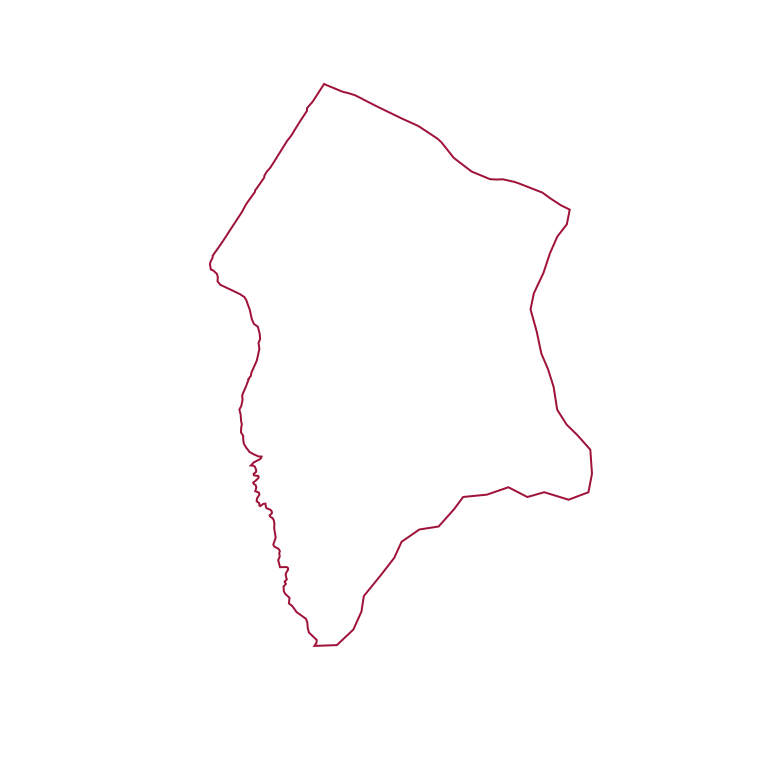 Grande Sido, Moyen-Chari, Chad (Albers equal-area conic projection), rotated 127°
{"feature_id": "50815135B5443465425830", "entity_name": "Grande Sido", "entity_type": "district", "adm_level": 2, "iso_a3": "TCD", "parent_name": "Chad", "parent_adm1": "Moyen-Chari", "projection": "albers", "projection_center": [18.707, 8.449], "detail": "fine", "context": "isolated", "style": "outline", "palette": "rose", "viewbox_px": 768, "rotation_deg": 127, "n_neighbors": 0, "source": "geoboundaries", "source_scale": "gbopen_adm2", "svg_char_len": 4390}
<svg xmlns="http://www.w3.org/2000/svg" viewBox="0 0 768 768"><g transform="rotate(127 384 384)"><path d="M180.4,612.4L187.5,611.9L201.2,610.9L201.3,610.9L206.2,611.2L210.1,611.5L212.2,609.9L224.9,609.1L225.0,609.1L227.2,608.9L228.4,608.8L231.5,608.5L232.1,608.5L234.1,608.3L239.9,607.7L241.7,607.6L244.8,607.6L245.0,607.6L247.9,607.7L267.7,606.0L267.9,605.9L268.0,605.9L279.3,605.0L279.7,605.0L284.9,605.4L285.4,605.4L287.6,605.1L289.6,604.9L290.7,604.2L291.2,603.9L304.6,603.4L304.8,603.4L305.0,603.4L306.9,603.5L308.3,602.7L321.6,602.4L324.0,602.2L325.0,602.1L326.1,601.9L330.7,601.2L332.2,601.0L333.2,600.9L356.2,599.4L357.6,599.3L358.1,599.2L362.6,598.9L367.8,598.6L374.5,598.3L381.8,598.1L383.9,598.0L384.6,598.0L385.5,597.4L386.2,596.9L390.9,596.1L391.8,595.7L393.3,594.9L396.8,591.1L396.3,589.5L396.1,588.8L396.6,583.7L398.2,581.6L398.3,581.4L398.5,581.2L398.8,581.0L399.5,580.5L402.3,578.6L403.3,574.4L400.0,558.5L399.7,557.1L399.7,556.8L399.6,556.3L398.9,553.1L398.7,549.0L398.6,548.4L398.6,547.7L399.1,546.4L399.2,546.2L399.6,544.9L401.4,542.1L401.5,542.1L405.6,535.7L407.8,533.2L408.1,532.9L411.6,528.8L411.8,528.4L412.8,526.8L413.1,526.2L414.3,524.1L414.2,519.1L415.0,518.1L415.2,517.9L418.9,513.3L420.9,511.5L422.6,510.0L425.0,509.4L425.3,509.3L426.1,509.1L426.5,509.1L428.3,507.3L429.4,506.2L430.8,504.8L431.1,504.6L431.4,504.5L431.6,504.3L433.1,503.7L436.5,502.1L442.1,499.6L443.1,499.4L450.3,497.7L451.8,497.4L452.7,497.2L454.8,496.7L457.7,495.2L460.3,495.3L461.8,495.3L461.8,495.2L461.8,494.8L462.2,494.7L467.3,493.3L467.5,493.2L470.1,492.5L470.3,492.4L471.8,492.1L475.6,491.2L475.9,491.1L478.8,490.2L481.7,487.4L487.6,484.7L488.9,484.5L489.1,484.5L491.5,484.1L493.2,482.0L494.3,480.5L496.5,478.5L499.4,476.0L499.6,475.8L501.7,473.3L505.1,471.6L508.7,469.1L510.2,465.2L510.3,465.2L511.3,464.5L511.9,464.0L515.9,460.3L517.9,455.4L518.2,454.1L518.9,451.4L519.2,450.5L518.9,448.4L518.9,448.2L518.4,444.8L518.2,444.5L518.2,444.4L517.5,441.0L517.5,440.9L515.9,438.4L515.7,438.1L516.5,437.9L517.2,437.6L519.2,438.0L522.6,439.7L524.2,440.4L525.1,440.9L525.4,440.9L525.7,440.9L529.2,441.3L527.9,439.3L527.9,438.8L527.9,438.6L527.7,437.5L528.2,436.7L529.5,434.4L531.1,433.3L534.3,434.0L535.2,432.9L534.4,431.4L534.3,431.2L533.1,429.1L533.9,428.0L534.6,427.9L535.1,427.8L536.6,428.0L537.5,428.1L541.5,429.1L542.2,427.9L542.0,425.6L542.4,425.1L542.5,425.0L543.5,423.7L545.5,422.9L547.1,422.3L546.0,418.5L547.3,417.0L547.4,416.9L548.3,416.9L552.0,416.5L554.3,415.1L554.3,413.9L554.2,412.1L555.1,411.2L556.2,410.2L556.1,409.8L555.9,409.3L552.2,408.2L550.9,406.6L552.6,405.1L553.1,404.3L553.5,403.7L553.9,403.1L552.8,399.0L553.2,397.1L553.9,396.5L554.0,396.4L554.5,395.8L557.7,396.3L558.0,395.8L558.4,395.2L558.3,393.6L558.2,392.7L558.3,392.7L558.6,391.4L558.6,391.2L558.8,390.5L561.3,387.6L563.5,386.1L565.1,385.1L571.8,378.1L578.8,375.8L579.9,373.9L579.1,369.2L580.1,366.6L582.3,365.8L582.9,365.1L584.4,363.5L587.5,362.7L588.3,362.5L592.9,356.8L591.3,354.8L590.3,353.5L589.5,352.5L589.1,352.0L589.0,351.9L588.6,351.1L588.8,349.9L589.6,349.3L589.6,349.2L590.0,348.9L594.3,348.4L595.6,347.7L598.0,344.8L598.3,344.4L598.6,344.0L600.2,344.2L601.7,344.4L601.8,344.2L602.7,342.1L605.5,342.2L606.3,342.3L608.8,340.1L609.6,339.5L610.1,338.6L611.0,336.8L611.2,335.3L611.2,334.8L611.7,330.7L613.3,329.8L613.4,329.7L616.5,327.9L616.5,327.7L616.5,326.4L616.5,326.2L616.5,323.9L617.8,319.5L618.8,316.6L618.5,305.1L620.2,302.2L620.3,302.0L620.7,301.7L625.0,297.8L625.7,296.9L625.8,296.8L627.7,294.3L628.9,283.7L631.3,282.2L635.0,281.9L620.9,264.5L598.5,260.7L579.2,265.1L565.5,272.5L539.3,271.5L516.7,271.2L499.4,275.0L478.9,268.2L464.9,254.6L441.9,252.7L426.6,252.8L410.4,235.2L391.6,222.5L388.0,201.5L374.0,190.9L365.3,166.9L347.4,155.6L330.5,163.9L312.3,179.7L308.5,198.5L306.5,213.8L300.3,230.2L284.3,246.7L273.6,261.7L265.1,276.5L249.9,294.0L236.2,311.9L221.4,318.9L199.4,323.5L179.9,330.1L162.0,334.3L146.4,334.1L133.0,340.6L133.4,342.9L134.8,350.3L135.3,357.9L135.7,362.9L135.7,364.4L135.8,372.7L142.7,397.1L144.1,401.5L149.0,412.3L153.0,417.2L156.6,422.6L161.6,441.9L161.5,459.4L161.4,464.5L158.8,474.4L156.4,483.6L155.9,488.7L156.4,497.8L156.9,505.6L157.1,508.9L157.4,512.4L161.3,529.8L161.6,531.4L164.1,543.9L165.0,548.6L166.7,557.4L168.6,568.1L169.7,574.7L170.2,577.3L170.8,580.8L172.8,586.6L175.5,593.0L179.9,609.8L180.4,612.4Z" fill="none" stroke="#9f1239" stroke-width="2"/></g></svg>